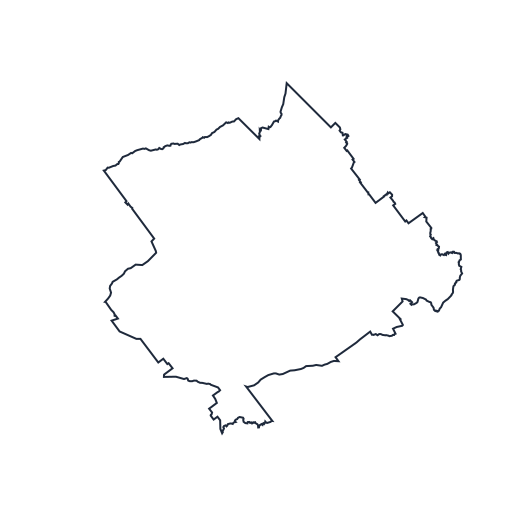 Ararat, Victoria, Australia (Robinson projection), rotated 45°
{"feature_id": "25037944B36221284354416", "entity_name": "Ararat", "entity_type": "district", "adm_level": 2, "iso_a3": "AUS", "parent_name": "Australia", "parent_adm1": "Victoria", "projection": "robinson", "projection_center": [143.025, -37.489], "detail": "fine", "context": "isolated", "style": "outline", "palette": "slate", "viewbox_px": 512, "rotation_deg": 45, "n_neighbors": 0, "source": "geoboundaries", "source_scale": "gbopen_adm2", "svg_char_len": 6148}
<svg xmlns="http://www.w3.org/2000/svg" viewBox="0 0 512 512"><g transform="rotate(45 256 256)"><path d="M360.2,112.2L352.0,111.2L349.5,108.3L348.1,109.1L348.2,108.5L343.5,107.7L340.7,125.0L337.2,124.5L337.1,126.1L317.2,123.2L317.6,120.7L316.2,120.2L314.8,120.4L313.8,120.0L309.7,119.6L310.0,117.6L308.9,116.4L305.6,116.3L305.3,118.2L304.3,118.0L304.9,119.7L304.6,119.6L304.1,123.3L304.5,123.4L303.0,133.9L292.5,132.4L292.0,132.9L290.6,131.8L290.5,132.1L277.7,130.4L277.9,129.8L275.1,129.4L275.3,128.6L261.4,126.9L261.3,125.6L259.0,120.6L259.1,119.9L256.1,119.5L256.3,118.3L245.9,116.8L245.8,117.6L241.9,117.1L241.8,114.4L241.2,112.2L239.5,112.0L239.6,111.2L236.4,110.8L236.9,108.2L236.2,108.1L236.5,105.8L235.7,105.5L235.1,105.4L234.7,106.5L234.1,105.9L232.9,106.6L232.5,108.9L232.1,109.3L230.0,107.7L228.6,108.5L226.4,108.2L226.1,106.8L224.4,105.8L218.0,105.8L218.0,112.1L155.5,112.1L162.0,120.3L163.7,123.7L167.9,129.4L169.1,132.5L171.3,136.6L172.1,137.2L173.5,137.4L174.3,138.2L174.6,139.5L175.4,141.2L175.3,142.2L175.7,144.5L176.5,145.4L174.4,146.1L174.3,147.0L173.6,148.2L174.7,152.1L175.0,154.6L174.7,155.3L173.6,155.6L175.0,157.5L169.8,160.5L169.2,162.1L170.8,163.9L170.6,164.4L169.6,164.2L171.0,165.5L171.8,167.3L174.0,168.2L173.4,168.9L173.3,169.9L173.7,170.0L174.4,169.1L174.5,169.7L175.7,170.9L146.1,171.0L145.2,173.3L145.3,176.4L144.2,177.7L143.2,180.4L142.1,181.0L142.1,181.9L140.4,182.6L140.3,187.0L139.3,190.2L139.3,192.9L138.7,194.5L138.9,197.7L138.0,200.3L138.5,202.1L138.1,204.2L137.4,206.4L135.7,208.1L135.7,209.1L134.4,209.6L134.5,210.2L133.7,213.3L133.9,214.2L132.4,217.7L131.4,219.7L129.9,221.1L129.5,222.1L128.5,222.7L128.1,224.4L126.8,225.8L125.8,226.3L125.3,228.3L123.6,230.7L123.3,231.8L121.2,232.0L119.0,234.5L118.1,234.8L116.8,236.5L116.9,237.5L117.5,238.5L116.9,239.3L115.1,240.5L114.1,242.6L114.1,243.9L113.8,244.3L114.4,245.3L114.2,246.7L113.2,247.5L111.2,248.0L111.4,249.4L111.2,250.2L110.6,251.1L109.8,251.5L107.2,255.9L105.6,256.8L102.0,257.8L101.5,259.0L100.1,260.0L97.1,265.3L96.3,267.2L95.8,270.9L94.8,271.4L94.1,275.0L91.8,280.2L92.8,285.6L92.5,286.5L93.5,287.6L93.6,288.3L92.9,289.1L92.7,291.4L91.4,293.3L89.5,297.7L88.6,298.4L89.0,301.5L88.0,303.2L125.6,308.8L125.7,310.5L128.9,310.5L128.6,309.2L132.4,309.8L134.6,309.5L135.1,310.2L171.7,315.7L171.8,319.6L181.6,323.3L183.1,324.3L183.2,336.1L182.0,342.8L177.0,347.2L176.0,353.2L174.5,355.5L174.2,359.4L175.1,362.0L175.0,365.1L174.4,368.3L174.2,370.8L172.9,375.6L173.6,377.4L174.0,380.3L175.5,382.4L179.4,384.4L180.9,387.1L181.5,390.8L181.7,395.2L182.3,394.8L191.8,396.5L195.1,396.5L197.0,397.1L198.3,398.3L198.8,398.0L198.9,397.4L202.6,397.9L199.6,403.8L212.9,405.8L230.0,399.2L232.9,396.3L262.2,400.4L263.1,394.2L269.7,395.1L270.0,393.6L276.4,394.4L274.9,404.5L275.0,405.1L276.4,406.6L284.7,398.0L292.1,393.9L293.4,391.3L294.4,391.1L296.1,392.0L297.5,391.5L299.4,389.7L300.2,388.0L302.1,386.2L303.7,386.1L306.1,385.2L307.7,383.7L311.7,381.2L312.4,380.1L314.1,379.0L315.1,379.0L322.1,375.8L325.5,376.3L325.5,378.2L325.1,379.4L324.2,385.1L328.3,385.9L332.2,387.6L330.8,397.1L335.6,397.7L336.6,399.5L336.4,400.3L336.8,400.9L341.7,401.6L342.4,396.9L346.8,397.5L353.1,403.5L357.4,405.3L357.1,404.1L356.3,404.2L355.6,403.4L356.0,402.6L355.6,401.3L355.2,400.5L353.9,400.1L353.6,398.8L354.3,397.2L355.6,397.3L355.6,396.2L355.0,394.8L356.0,393.0L356.7,392.1L358.3,391.2L358.0,390.5L358.0,389.4L359.0,387.8L358.2,387.8L357.5,387.3L357.4,386.1L358.0,384.6L357.7,383.1L358.3,381.4L361.2,379.5L362.4,379.9L362.8,380.9L364.5,382.0L366.6,381.7L368.3,380.4L367.6,379.3L368.6,378.1L369.5,378.2L369.6,377.8L370.3,377.7L370.6,376.8L371.6,377.1L371.8,375.5L372.4,375.4L372.4,374.8L372.9,374.2L373.4,374.6L375.9,374.0L377.0,374.2L378.8,375.7L379.3,375.1L378.6,374.2L378.3,372.6L378.7,371.8L378.6,371.2L378.7,370.9L379.9,370.8L379.5,370.2L379.4,368.9L379.7,368.8L380.3,369.5L380.6,369.3L380.2,367.4L379.6,366.5L381.0,366.6L381.9,366.2L383.6,363.0L383.6,361.6L384.2,361.1L341.3,355.3L342.7,354.6L346.1,348.8L347.0,343.9L346.7,340.1L347.8,335.4L348.9,331.5L351.7,326.3L353.0,325.0L356.3,323.4L358.4,320.5L361.2,312.9L364.1,309.5L367.7,304.1L368.8,301.5L369.3,298.4L373.8,293.4L375.6,290.5L380.3,287.0L381.3,284.3L382.7,281.9L383.8,278.0L385.3,275.1L388.7,272.1L383.8,271.3L388.2,246.1L388.5,241.4L390.2,228.7L393.7,229.7L394.5,228.8L394.9,228.7L395.9,226.5L398.0,226.1L398.3,224.1L399.4,223.0L401.3,222.3L403.7,220.5L403.9,220.0L406.1,218.6L407.0,218.4L408.5,216.3L408.6,215.0L409.5,214.2L409.2,213.2L409.6,212.3L404.3,210.5L405.7,206.7L408.7,202.0L408.6,200.9L402.3,198.9L402.5,198.4L391.8,198.5L391.8,184.5L389.2,183.0L392.7,180.3L394.4,179.6L396.2,179.5L396.2,178.4L399.0,178.3L399.0,180.6L400.4,180.6L400.4,180.2L401.9,178.4L402.7,175.6L402.7,174.4L400.9,171.2L400.8,170.1L401.2,169.3L403.7,167.7L407.0,166.6L408.2,166.9L411.3,165.8L412.1,165.2L413.1,165.4L414.6,166.5L418.1,167.0L419.8,168.2L421.5,168.2L423.1,167.3L422.5,167.0L423.8,166.2L424.0,165.3L423.1,163.2L423.1,161.4L421.3,156.6L421.6,153.0L421.9,152.6L421.8,151.9L422.1,151.2L422.0,145.6L421.6,145.2L421.3,143.0L420.8,142.1L419.0,140.5L417.0,137.8L416.9,136.8L417.1,136.3L416.8,135.4L416.1,134.8L416.3,133.2L415.9,133.1L415.4,131.6L416.7,129.1L416.4,128.2L415.4,127.2L414.4,125.5L414.1,122.6L412.0,121.9L411.0,120.9L410.2,120.7L408.9,118.5L406.6,119.2L405.1,118.3L404.0,117.0L403.6,117.0L403.5,116.2L403.0,115.1L403.3,113.6L400.1,110.5L398.9,110.0L398.6,110.4L397.6,110.5L397.1,111.4L395.6,112.0L394.4,113.3L393.3,113.0L393.0,113.9L392.2,113.7L391.9,114.7L392.4,115.3L390.8,116.1L390.3,117.4L390.4,118.1L388.8,117.6L388.3,118.6L388.4,119.5L389.2,119.9L389.8,120.9L389.0,121.3L388.0,121.2L388.2,122.5L386.3,123.2L385.6,124.2L385.9,125.3L384.7,125.6L383.1,124.6L382.5,124.8L382.1,124.3L381.0,124.0L380.9,123.6L380.1,123.6L380.4,122.7L379.6,122.5L379.8,121.3L378.8,120.0L376.9,120.3L376.4,120.0L375.8,120.6L374.9,119.7L374.1,119.6L374.1,118.4L373.6,118.4L373.4,117.9L371.2,118.6L370.0,118.6L369.1,118.1L369.1,118.5L368.7,118.4L368.7,119.5L367.2,119.5L365.8,118.8L365.3,119.0L364.4,117.3L364.0,117.4L363.0,116.6L361.8,114.7L360.4,113.4L360.6,112.8L360.2,112.2Z" fill="none" stroke="#1e293b" stroke-width="2"/></g></svg>